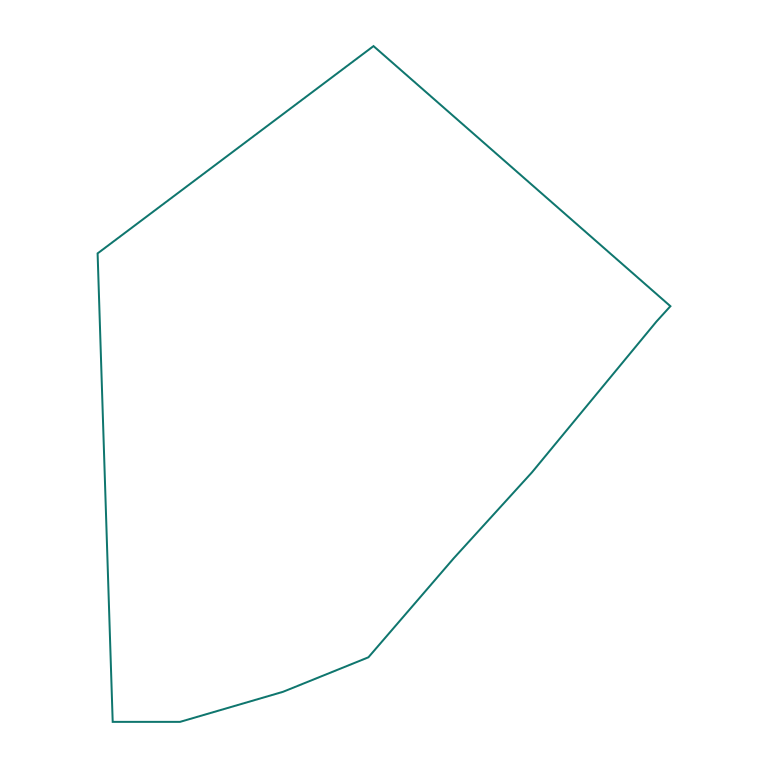 the district of 6, Ad Dawhah, Qatar
{"feature_id": "91078587B49650131193986", "entity_name": "6", "entity_type": "district", "adm_level": 2, "iso_a3": "QAT", "parent_name": "Qatar", "parent_adm1": "Ad Dawhah", "projection": "equal_earth", "projection_center": [51.544, 25.282], "detail": "fine", "context": "isolated", "style": "outline", "palette": "teal", "viewbox_px": 768, "rotation_deg": 0, "n_neighbors": 0, "source": "geoboundaries", "source_scale": "gbopen_adm2", "svg_char_len": 268}
<svg xmlns="http://www.w3.org/2000/svg" viewBox="0 0 768 768"><path d="M97.6,253.4L112.7,721.9L179.9,721.9L283.0,691.8L368.4,657.3L453.7,558.3L532.0,472.3L553.6,446.1L656.4,321.6L670.4,306.2L373.5,46.1L97.6,253.4Z" fill="none" stroke="#0f766e" stroke-width="2"/></svg>